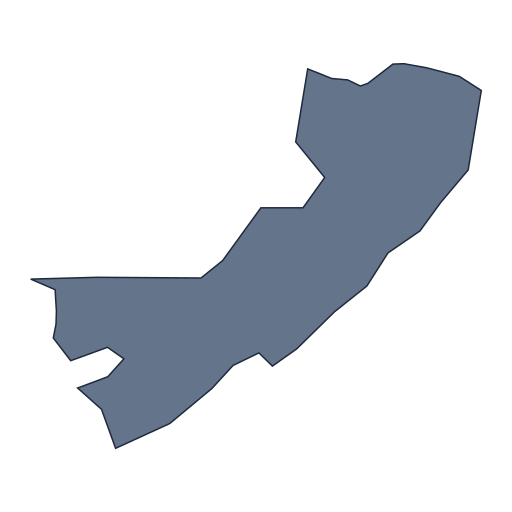 Uychi, Namangan, Uzbekistan
{"feature_id": "79887680B4348480109525", "entity_name": "Uychi", "entity_type": "district", "adm_level": 2, "iso_a3": "UZB", "parent_name": "Uzbekistan", "parent_adm1": "Namangan", "projection": "equal_earth", "projection_center": [71.866, 41.057], "detail": "fine", "context": "isolated", "style": "filled", "palette": "slate", "viewbox_px": 512, "rotation_deg": 0, "n_neighbors": 0, "source": "geoboundaries", "source_scale": "gbopen_adm2", "svg_char_len": 618}
<svg xmlns="http://www.w3.org/2000/svg" viewBox="0 0 512 512"><path d="M272.4,366.1L296.7,348.9L334.6,311.7L366.9,286.0L388.0,252.9L420.0,230.9L440.8,202.4L468.2,169.9L481.3,90.5L459.4,76.4L427.2,67.9L403.9,63.7L392.9,64.1L367.8,83.4L360.4,86.0L347.6,79.9L331.8,78.5L307.7,68.9L295.7,141.9L324.7,177.5L303.0,207.8L260.9,207.8L222.6,260.6L201.0,278.0L96.8,277.3L30.7,279.1L55.1,289.7L56.4,311.2L56.0,324.2L53.3,338.0L70.7,360.7L107.5,347.3L123.9,358.8L107.8,376.7L77.6,388.0L101.5,409.3L115.6,448.3L169.8,423.5L212.0,388.4L233.1,365.4L258.9,352.9L272.4,366.1Z" fill="#64748b" stroke="#1e293b" stroke-width="1.5"/></svg>